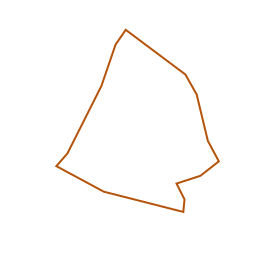 an SVG outline of Western, rotated 75°
{"feature_id": "ASM-5002", "entity_name": "Western", "entity_type": "state/province", "adm_level": 1, "iso_a3": "ASM", "parent_name": "American Samoa", "parent_adm1": "", "projection": "equal_earth", "projection_center": [-170.747, -14.332], "detail": "fine", "context": "isolated", "style": "outline", "palette": "amber", "viewbox_px": 256, "rotation_deg": 75, "n_neighbors": 0, "source": "natural_earth", "source_scale": "10m", "svg_char_len": 332}
<svg xmlns="http://www.w3.org/2000/svg" viewBox="0 0 256 256"><g transform="rotate(75 128 128)"><path d="M223.4,96.3L183.3,167.8L146.3,207.1L136.9,193.1L80.5,142.8L44.2,118.4L32.6,104.8L91.2,58.7L113.4,53.0L161.1,54.2L183.7,48.9L192.9,70.4L194.2,95.5L211.6,91.9L223.4,96.3Z" fill="none" stroke="#b45309" stroke-width="2"/></g></svg>